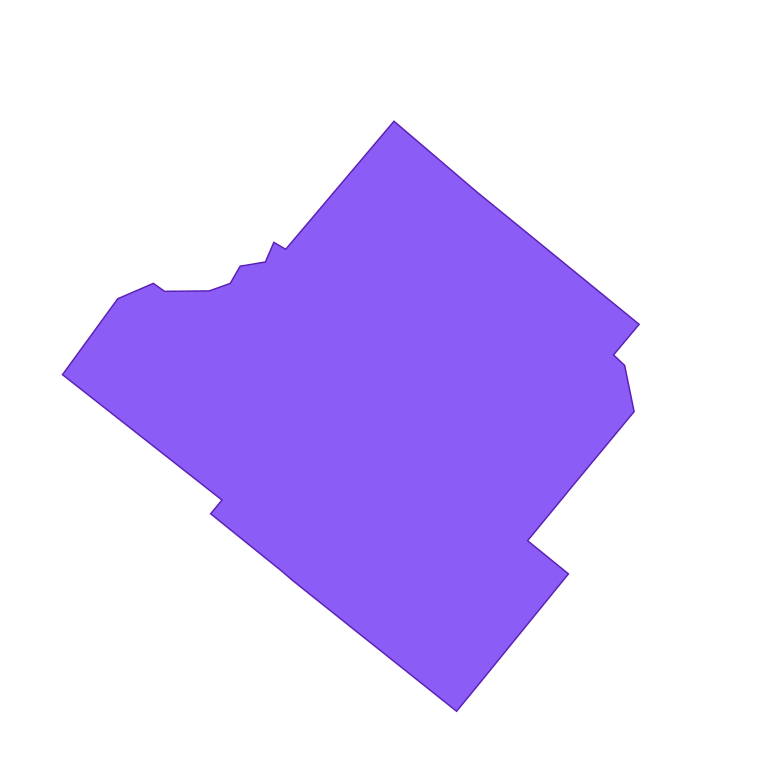 outline of Grant, Arkansas, United States of America, rotated 128°
{"feature_id": "52423323B41893440986627", "entity_name": "Grant", "entity_type": "district", "adm_level": 2, "iso_a3": "USA", "parent_name": "United States of America", "parent_adm1": "Arkansas", "projection": "equal_earth", "projection_center": [-92.409, 34.278], "detail": "fine", "context": "isolated", "style": "filled", "palette": "violet", "viewbox_px": 768, "rotation_deg": 128, "n_neighbors": 0, "source": "geoboundaries", "source_scale": "gbopen_adm2", "svg_char_len": 555}
<svg xmlns="http://www.w3.org/2000/svg" viewBox="0 0 768 768"><g transform="rotate(128 384 384)"><path d="M179.9,219.7L175.5,430.0L170.8,537.9L338.4,544.4L340.2,558.0L360.9,552.6L379.7,569.9L399.4,567.1L418.3,579.1L428.8,592.3L446.1,614.0L446.7,627.7L480.7,646.3L574.6,643.1L575.2,440.2L593.0,440.7L594.1,370.5L594.4,349.2L595.1,335.3L596.0,252.8L596.2,230.0L597.2,125.3L562.9,124.5L427.8,121.9L420.1,121.7L419.1,174.4L360.1,172.9L353.2,172.8L251.8,169.9L221.2,205.8L219.8,221.0L179.9,219.7Z" fill="#8b5cf6" stroke="#5b21b6" stroke-width="1.5"/></g></svg>